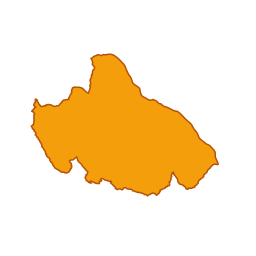 the district of Cantá, Roraima, Brazil, rotated 109°
{"feature_id": "56859067B96809433699135", "entity_name": "Cantá", "entity_type": "district", "adm_level": 2, "iso_a3": "BRA", "parent_name": "Brazil", "parent_adm1": "Roraima", "projection": "natural_earth1", "projection_center": [-60.462, 2.296], "detail": "fine", "context": "isolated", "style": "filled", "palette": "amber", "viewbox_px": 256, "rotation_deg": 109, "n_neighbors": 0, "source": "geoboundaries", "source_scale": "gbopen_adm2", "svg_char_len": 5934}
<svg xmlns="http://www.w3.org/2000/svg" viewBox="0 0 256 256"><g transform="rotate(109 128 128)"><path d="M94.5,104.6L94.7,106.4L94.6,107.2L94.1,108.2L93.5,109.2L93.0,111.0L93.0,112.7L93.2,113.2L92.9,113.8L94.2,115.1L94.4,115.9L94.6,117.1L94.5,118.7L93.7,122.3L93.6,123.9L93.2,125.0L92.1,126.5L89.7,128.3L87.5,129.4L86.8,129.9L86.1,131.3L84.8,136.2L84.1,137.9L80.0,141.2L78.4,143.0L77.3,144.7L74.1,147.9L70.8,150.7L69.0,152.8L68.1,154.9L67.3,156.2L65.3,160.3L64.4,163.0L63.9,164.9L63.7,166.3L63.9,168.3L64.8,170.8L65.1,171.5L65.9,172.6L66.4,174.1L66.6,175.3L68.1,176.7L68.3,177.4L68.3,179.7L68.6,180.3L69.1,181.1L69.6,181.4L70.5,182.5L70.9,182.9L71.5,183.6L72.4,184.2L73.1,184.4L74.3,185.6L76.1,183.6L77.6,182.6L78.1,182.7L79.4,182.5L79.7,182.2L81.2,179.5L81.7,179.2L82.6,179.3L83.4,179.1L84.7,179.9L85.2,180.0L88.3,179.5L89.2,179.2L89.5,179.7L90.6,179.6L91.3,179.2L92.6,179.3L93.2,179.2L94.2,179.5L95.3,179.4L95.7,178.9L96.7,178.7L97.3,178.2L99.0,177.5L99.4,177.8L99.9,177.9L100.6,177.8L101.0,177.6L101.3,176.8L107.9,176.8L107.9,177.7L107.4,179.6L106.7,180.9L106.4,181.9L105.3,183.7L105.4,184.6L105.2,185.3L105.3,187.3L105.7,187.8L106.0,189.4L106.9,192.3L108.3,193.6L109.5,193.4L110.4,193.7L112.7,192.8L113.8,192.9L114.5,193.2L117.3,193.5L118.5,193.8L120.3,193.5L122.7,198.1L123.1,198.1L124.5,199.1L125.6,199.0L126.8,199.9L128.7,200.5L129.5,201.0L130.0,201.9L130.2,202.5L131.0,203.4L131.4,204.1L131.6,205.7L131.2,208.1L131.5,209.5L131.7,211.2L132.5,212.1L132.8,212.8L133.1,213.2L133.9,213.1L133.9,213.5L134.6,214.7L134.7,215.2L135.1,215.4L135.6,216.1L135.9,217.3L135.6,218.1L135.2,218.4L135.1,219.0L134.7,219.3L134.3,220.1L133.5,220.8L132.9,221.5L132.7,222.2L132.0,222.6L131.4,222.6L130.6,224.5L131.2,225.0L131.8,224.8L132.1,224.4L132.7,224.3L133.2,224.1L134.1,224.1L134.5,224.4L135.3,224.6L135.7,224.4L136.1,224.6L137.2,224.5L137.6,223.3L138.2,223.2L138.5,222.7L138.6,222.2L139.0,222.7L139.4,222.9L140.4,223.1L141.1,223.6L141.9,223.7L143.0,224.4L143.5,224.4L143.7,223.5L143.5,222.7L144.5,221.7L144.7,221.2L145.3,220.9L145.6,221.2L146.5,220.8L147.2,221.0L149.0,220.2L149.8,220.1L150.7,219.5L151.2,219.4L151.5,219.1L152.3,219.2L153.6,218.8L155.4,218.5L155.9,218.5L156.1,219.1L157.6,219.9L158.1,219.9L158.4,219.2L159.1,218.4L159.8,218.2L159.9,217.5L159.8,217.1L160.0,216.4L160.8,216.3L161.2,216.0L162.5,213.7L163.6,213.2L164.1,213.2L164.6,213.4L164.6,212.9L165.5,211.8L166.1,211.5L166.3,211.0L166.3,210.2L166.9,209.5L167.5,209.4L167.9,209.0L168.5,207.7L168.9,207.5L169.7,206.7L170.7,205.1L171.2,205.0L171.5,204.5L173.0,203.6L173.8,203.3L174.4,201.8L174.9,201.5L175.3,200.9L175.9,200.5L176.1,199.8L177.1,198.7L178.5,197.9L179.2,197.1L179.8,197.0L179.9,196.2L180.8,195.8L181.6,194.7L181.8,194.1L182.0,193.6L182.0,192.6L183.0,191.8L183.5,191.8L185.6,189.4L185.4,188.9L185.9,188.3L186.6,187.8L186.9,187.3L187.5,186.9L188.2,186.0L188.4,185.4L189.2,184.6L189.5,183.9L189.9,183.6L189.8,182.7L190.5,180.0L190.5,179.1L191.2,177.7L191.3,176.8L191.2,175.5L190.8,175.2L190.7,173.9L190.9,173.1L190.8,172.2L189.9,170.5L189.3,170.3L189.1,169.9L188.7,169.5L187.2,169.2L186.8,168.9L185.6,169.2L185.1,168.6L184.1,168.4L183.6,168.6L183.1,168.5L182.1,169.2L181.6,169.1L181.0,169.7L180.5,169.8L179.1,171.4L178.8,172.3L177.9,172.6L176.9,171.7L176.5,170.5L176.0,169.6L172.1,167.2L173.1,165.9L173.8,165.8L174.4,165.4L174.8,165.2L175.4,164.5L176.3,163.0L177.4,160.2L178.7,158.9L181.4,154.1L181.8,153.6L182.4,152.0L183.4,151.5L184.2,151.7L185.1,151.5L186.0,152.4L186.5,151.9L187.4,152.4L187.8,152.3L188.4,152.5L189.2,152.2L190.0,151.3L191.2,150.3L191.4,149.6L191.6,148.4L192.2,147.5L192.3,145.9L192.1,145.2L191.5,146.1L190.9,146.5L190.4,146.2L190.5,142.9L190.8,140.1L190.3,138.6L190.0,137.2L189.4,137.1L187.9,137.6L187.6,136.8L187.1,136.2L186.3,135.9L185.7,137.3L185.2,137.2L184.5,136.5L184.2,135.9L184.2,134.9L184.7,132.7L184.7,132.1L184.4,130.8L184.5,129.9L184.4,128.0L184.0,127.0L184.0,126.4L184.9,126.5L185.3,126.7L185.6,126.3L188.1,120.9L188.5,120.2L189.2,120.3L189.5,119.8L189.5,118.9L189.7,118.0L189.3,117.5L188.7,117.1L188.5,116.6L188.2,115.2L188.4,113.7L187.9,112.9L186.9,112.7L186.3,112.7L185.9,112.3L185.2,111.0L185.3,110.3L185.8,109.0L185.6,108.3L185.5,106.9L185.1,105.7L184.9,104.8L185.2,103.8L185.9,103.2L185.6,102.0L185.7,100.3L185.8,99.3L185.6,98.0L185.8,97.4L185.0,96.1L185.3,95.2L185.1,94.1L185.2,93.6L185.0,92.6L185.1,91.6L185.5,91.1L185.5,90.5L185.1,89.5L185.8,87.5L184.6,86.9L183.9,85.8L183.5,85.6L183.2,85.1L182.3,84.5L181.5,83.3L181.1,82.1L181.4,81.6L181.4,80.4L181.7,79.9L182.3,79.4L181.9,78.8L180.5,78.1L180.1,77.6L179.6,77.4L179.2,77.6L177.6,76.9L177.1,77.4L176.6,77.5L176.1,77.2L175.8,76.6L175.2,76.4L174.9,75.7L173.9,74.8L173.5,74.1L172.6,73.5L172.3,73.1L171.1,72.9L171.0,72.2L170.7,71.9L170.0,71.5L169.4,71.5L169.4,70.9L169.0,70.2L168.4,70.1L167.5,70.3L165.8,71.3L165.7,70.8L163.3,70.7L162.8,70.5L161.5,71.1L160.3,71.1L159.9,70.8L159.5,71.0L158.7,71.6L157.6,71.6L157.2,71.4L156.8,71.5L156.3,71.3L155.6,71.5L155.1,70.8L155.4,70.4L155.9,69.9L156.7,69.8L157.1,69.4L157.4,68.4L157.8,67.9L158.6,66.9L160.0,64.7L161.5,63.9L162.0,63.5L162.7,63.2L163.8,61.6L164.2,60.7L164.0,57.9L164.6,56.5L165.0,54.9L165.3,54.3L166.5,53.4L166.7,52.7L166.3,51.4L165.8,51.6L165.3,51.2L164.6,49.5L164.6,48.6L163.8,47.7L163.0,47.3L162.8,46.2L162.3,45.7L161.1,45.7L160.5,45.5L159.5,44.6L158.6,44.4L157.3,43.7L156.1,44.1L154.1,43.7L153.1,42.9L152.6,42.9L152.1,42.2L150.2,41.2L149.7,40.7L148.8,40.6L148.3,41.0L147.7,41.1L144.6,39.2L143.4,38.9L142.7,39.0L140.8,38.5L140.3,38.0L138.9,37.2L136.9,36.7L134.3,35.0L134.0,34.6L133.5,31.6L133.3,31.1L132.5,31.0L127.6,35.5L127.0,36.0L123.4,37.3L122.1,38.1L121.2,39.1L118.1,44.8L117.9,45.6L117.6,48.6L117.1,50.2L116.5,51.4L116.2,52.8L114.7,56.7L114.0,57.7L111.1,60.1L109.7,61.7L107.5,65.3L104.1,69.1L103.2,70.7L102.6,72.2L101.8,74.4L100.7,76.8L98.3,81.4L97.3,83.5L96.2,86.6L96.6,88.7L96.6,91.2L96.1,94.4L95.7,98.1L95.8,100.0L95.7,101.6L95.2,103.1L94.5,104.6Z" fill="#f59e0b" stroke="#b45309" stroke-width="1.5"/></g></svg>